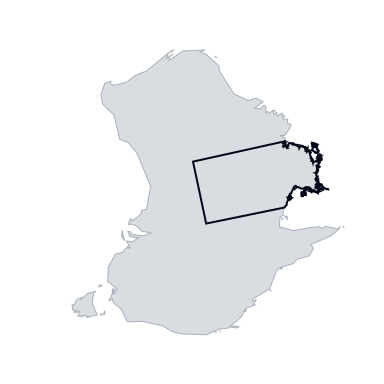 Northern Territory on a map of Australia (Natural Earth projection), rotated 78°
{"feature_id": "AUS-2650", "entity_name": "Northern Territory", "entity_type": "Territory", "adm_level": 1, "iso_a3": "AUS", "parent_name": "Australia", "parent_adm1": "", "projection": "natural_earth1", "projection_center": [133.869, -18.484], "detail": "fine", "context": "in_parent", "style": "outline", "palette": "ink", "viewbox_px": 384, "rotation_deg": 78, "n_neighbors": 0, "source": "natural_earth", "source_scale": "10m", "svg_char_len": 9213}
<svg xmlns="http://www.w3.org/2000/svg" viewBox="0 0 384 384"><g transform="rotate(78 192 192)"><path d="M264.0,66.0L267.9,86.2L273.1,85.2L278.9,91.2L279.7,103.6L283.1,107.8L283.8,119.3L286.2,125.3L302.9,136.4L309.1,154.5L311.0,155.5L311.4,152.2L315.0,155.5L315.7,153.9L316.9,163.2L319.1,165.9L323.7,168.8L332.6,184.4L331.8,194.8L334.7,207.3L328.9,230.7L325.2,239.2L316.6,248.9L308.1,267.9L305.6,282.2L291.5,285.7L284.3,291.8L280.0,292.3L281.1,295.9L274.5,290.7L275.6,289.5L275.2,288.3L273.9,288.2L271.6,290.4L270.0,289.1L272.8,287.0L271.3,285.4L261.9,293.1L247.8,289.3L236.9,279.8L236.6,272.5L231.6,265.8L233.7,266.0L233.7,264.1L226.2,266.1L228.5,261.1L225.7,253.9L222.9,262.1L217.3,262.9L218.3,260.2L220.8,260.1L224.7,248.9L223.7,240.4L219.9,249.3L214.3,252.7L210.6,258.0L211.1,260.7L208.9,260.4L205.3,257.4L207.6,257.3L206.0,252.1L202.6,246.1L199.7,245.4L199.2,240.1L177.8,231.2L141.8,238.0L130.4,244.1L125.5,251.7L100.5,252.2L87.2,261.3L78.0,260.8L67.3,254.6L66.9,248.3L69.4,249.4L71.5,245.6L70.9,232.9L66.2,223.3L64.1,211.3L51.2,186.2L55.9,188.9L52.9,181.3L55.0,185.8L58.5,187.1L52.2,171.4L55.7,149.8L56.7,154.9L60.5,149.3L74.4,139.4L79.4,140.0L104.8,130.6L114.2,118.0L113.5,109.7L118.5,103.8L122.9,113.0L125.0,107.9L122.2,104.3L123.0,102.0L131.4,103.5L128.8,102.6L130.5,99.0L128.9,95.8L133.4,95.4L131.8,93.0L135.5,92.7L134.2,89.3L137.4,85.4L137.6,87.7L140.2,87.4L140.4,83.1L144.2,84.6L146.5,81.1L150.5,83.5L155.9,89.6L155.0,94.5L158.6,89.8L166.3,92.9L167.8,90.2L164.4,86.6L173.3,70.0L175.1,71.1L178.1,67.0L179.2,68.7L188.4,67.4L188.1,63.4L181.9,60.5L182.9,59.5L205.1,68.0L211.6,64.9L210.0,68.2L212.7,70.0L216.0,66.0L218.9,69.3L215.4,76.7L211.6,77.4L211.8,82.7L208.1,91.0L228.1,106.2L233.6,107.7L235.3,111.3L244.3,113.8L250.9,100.7L251.5,81.5L252.6,74.3L254.9,72.6L253.2,69.4L258.8,55.5L264.0,66.0ZM269.3,308.7L279.8,312.8L292.6,310.2L292.8,321.6L292.1,319.6L290.7,322.0L290.0,329.5L285.6,326.4L282.5,333.3L277.0,332.7L278.2,330.8L273.6,327.6L271.9,321.7L274.0,322.8L269.4,314.7L269.3,308.7ZM171.5,59.6L177.9,59.6L179.9,61.6L175.7,65.8L171.5,59.6ZM214.9,268.4L225.7,268.1L221.1,270.0L214.9,268.4ZM217.2,81.6L218.5,85.7L214.5,85.0L215.1,82.1L217.2,81.6ZM332.0,182.6L331.9,177.8L333.6,173.9L334.2,176.7L332.0,182.6ZM290.0,301.9L293.5,302.9L293.5,304.5L290.0,301.9ZM170.9,60.8L173.2,64.8L169.1,64.6L170.9,60.8ZM265.6,302.7L263.6,302.2L264.8,299.5L265.6,302.7ZM238.6,104.5L236.6,105.7L234.7,106.4L235.7,104.1L238.6,104.5ZM51.2,185.1L49.5,182.8L49.3,180.7L49.5,180.6L51.2,185.1ZM292.7,306.0L294.0,307.1L291.4,306.2L292.7,306.0ZM318.3,163.8L319.7,163.8L319.7,165.8L318.3,163.8ZM284.3,119.1L286.0,120.4L285.7,121.1L284.3,119.1ZM285.3,330.5L285.4,332.3L284.1,331.8L285.3,330.5ZM333.9,196.6L333.9,199.2L333.9,196.6ZM187.8,59.4L186.7,58.3L187.4,57.7L187.8,59.4ZM217.5,59.6L215.9,61.7L217.8,58.1L217.5,59.6ZM334.3,193.5L333.5,194.3L334.0,193.4L334.3,193.5ZM219.7,97.3L218.8,97.7L219.3,96.7L219.7,97.3ZM214.1,81.5L213.0,81.7L213.6,80.4L214.1,81.5ZM65.4,139.6L65.1,141.2L64.6,141.1L65.4,139.6ZM257.0,54.5L256.9,56.0L256.5,54.9L257.0,54.5ZM273.9,288.9L274.2,289.8L273.8,289.5L273.9,288.9ZM215.5,62.3L213.4,63.7L215.6,61.9L215.5,62.3ZM134.3,87.3L133.5,88.2L134.0,87.1L134.3,87.3ZM286.2,329.2L285.5,329.5L285.9,328.8L286.2,329.2ZM237.6,109.4L236.5,109.3L237.1,108.5L237.6,109.4ZM130.1,94.7L129.5,95.2L129.5,93.9L130.1,94.7ZM291.5,325.3L290.5,325.8L290.9,324.8L291.5,325.3ZM257.7,50.7L257.6,51.7L257.0,51.2L257.7,50.7ZM273.3,290.1L274.2,290.9L272.7,290.7L273.3,290.1ZM304.9,136.2L304.2,136.3L304.5,135.2L304.9,136.2ZM310.8,152.1L310.4,152.1L310.7,151.2L310.8,152.1ZM269.8,307.3L269.5,308.0L269.3,307.1L269.8,307.3Z" fill="#d9dde1" stroke="#a8b0b8" stroke-width="1"/><path d="M161.7,90.6L163.0,91.5L163.1,92.7L162.8,93.6L163.3,93.1L163.3,93.7L163.6,92.6L163.3,90.3L163.6,90.7L164.0,90.5L165.1,91.1L165.8,92.1L165.9,93.1L166.5,92.9L166.6,93.4L167.0,93.3L166.1,91.2L166.4,90.3L167.3,90.5L168.4,89.9L168.8,90.0L168.8,89.2L167.4,90.1L167.2,90.2L167.4,89.7L166.9,89.9L166.5,89.6L165.9,88.4L166.8,88.3L167.4,87.7L166.5,88.1L165.5,87.9L164.2,86.7L164.4,86.0L165.2,84.5L165.1,83.7L165.9,84.0L166.0,83.2L166.2,83.5L166.9,83.2L166.8,82.1L167.5,81.2L167.3,81.2L167.3,80.5L168.1,78.5L168.2,79.1L168.6,79.3L169.8,78.7L170.7,77.6L171.2,77.7L169.7,76.2L169.8,74.3L170.1,74.0L170.4,74.3L171.1,74.0L171.4,72.1L171.7,72.1L172.0,71.7L172.5,71.9L172.5,71.4L173.0,72.4L173.8,72.3L172.9,71.7L173.3,71.5L173.0,71.3L173.3,70.1L173.0,69.8L174.5,70.1L174.5,71.3L174.7,70.9L175.3,71.8L175.4,71.4L175.8,71.7L175.1,70.7L175.8,70.9L175.2,70.2L174.8,70.2L174.8,69.8L175.3,69.2L176.4,69.5L176.0,68.0L176.2,67.6L176.8,67.6L177.9,68.4L178.1,66.8L178.5,68.2L179.2,68.8L181.7,68.7L182.5,68.2L183.7,69.0L185.0,67.7L185.2,68.3L186.0,68.2L186.3,69.0L186.0,69.6L186.5,68.9L186.4,67.7L187.3,67.2L188.1,67.5L188.7,67.5L187.8,67.0L187.9,65.1L187.5,64.6L188.2,63.5L187.4,63.1L186.8,62.0L185.9,61.6L184.0,62.4L183.5,62.0L183.5,61.5L182.8,61.3L183.0,60.9L181.5,60.6L181.7,60.2L182.1,60.3L181.9,59.7L182.3,59.8L182.4,59.4L182.8,60.1L183.1,59.9L183.1,59.1L183.8,59.9L184.0,59.7L184.0,60.8L184.2,60.5L184.5,61.4L184.6,60.9L184.9,60.9L184.6,60.5L184.4,59.0L185.3,60.2L185.2,59.3L185.7,59.0L186.0,60.4L186.4,59.8L186.7,59.9L188.1,62.3L188.5,62.3L189.2,61.3L189.7,61.5L189.5,60.8L189.8,60.8L191.0,62.3L191.7,63.9L192.3,64.1L193.0,63.8L192.8,64.4L193.4,64.1L193.4,64.4L193.9,64.6L194.3,64.3L194.3,65.3L194.5,64.8L195.2,64.9L196.2,64.0L197.1,64.1L197.2,64.4L196.6,64.8L196.5,65.2L197.3,65.7L198.1,65.1L198.3,65.8L198.7,65.4L199.1,66.0L199.1,67.1L199.7,66.1L200.8,66.9L202.0,66.9L203.2,66.0L203.9,67.5L204.7,67.6L205.4,68.6L206.0,68.4L206.5,68.9L206.1,68.3L207.4,68.4L206.5,68.0L207.2,67.3L207.9,67.1L208.2,67.4L208.8,66.9L209.1,67.2L210.0,66.5L209.1,66.9L209.0,66.6L209.2,66.0L210.2,65.9L211.2,65.1L211.2,64.3L211.7,64.5L211.4,65.1L210.1,66.4L211.5,66.1L209.6,67.8L210.2,69.0L211.2,67.7L211.5,67.9L212.5,66.9L211.6,68.2L211.9,68.6L212.5,68.4L212.0,69.5L212.3,70.2L213.9,70.1L214.8,68.4L213.4,67.8L216.2,65.5L215.5,66.3L216.0,66.3L216.9,68.6L217.5,68.6L217.5,68.3L217.0,68.1L217.6,67.8L218.4,68.3L218.8,69.3L219.2,69.3L217.7,71.0L217.9,70.2L217.5,70.4L217.6,71.2L217.2,71.6L217.1,72.4L216.5,72.4L216.5,73.4L216.1,72.7L215.9,73.2L215.5,72.9L215.6,73.6L216.8,74.8L216.3,74.9L216.1,74.5L215.7,74.6L216.2,75.3L215.5,76.9L215.3,76.6L214.4,77.4L214.9,76.7L214.8,75.4L214.5,75.2L214.3,76.2L213.9,75.9L213.9,76.5L213.2,77.0L213.2,75.9L212.5,76.8L212.5,77.5L212.2,76.6L211.8,77.2L211.7,77.0L211.3,77.9L211.9,78.4L211.0,78.7L211.0,79.9L211.5,80.5L211.3,80.8L211.9,81.1L212.4,80.3L212.6,80.4L212.0,82.4L211.5,82.9L211.4,84.9L210.3,85.5L209.7,86.9L209.3,87.1L208.6,88.7L207.5,89.3L208.2,91.2L213.7,95.1L214.0,96.4L215.8,97.8L216.3,97.7L217.2,99.0L217.2,99.6L217.7,99.3L218.7,99.6L219.2,99.0L221.8,101.2L224.6,102.3L225.4,103.8L226.4,104.7L225.8,184.7L162.5,184.7L161.7,90.6ZM179.9,61.5L179.8,62.0L179.4,62.1L179.4,63.0L178.8,62.8L178.1,64.1L175.7,65.8L172.4,63.4L171.4,59.7L171.7,59.3L172.5,60.5L173.0,60.4L172.9,61.3L173.5,60.8L173.8,61.6L174.0,61.2L175.4,60.6L176.0,60.9L176.2,61.5L176.3,60.6L177.1,60.1L177.6,61.3L177.5,60.0L178.0,59.6L178.2,60.3L179.1,60.1L179.4,61.3L179.9,61.5ZM219.1,84.5L218.9,85.6L218.6,85.8L217.4,85.4L216.7,85.6L215.1,84.9L214.4,85.2L215.2,84.3L215.0,81.7L215.8,81.9L215.9,81.4L216.4,81.7L216.6,81.4L216.2,80.6L216.6,80.9L217.3,80.3L217.0,81.1L217.3,81.3L217.4,81.9L217.9,82.0L218.1,81.1L218.6,81.2L218.7,81.6L218.2,82.5L217.6,82.8L217.6,83.2L217.9,83.5L217.2,83.9L217.2,84.3L217.4,84.8L217.8,84.5L218.4,85.0L218.7,84.5L219.1,84.5ZM172.0,63.9L173.3,64.3L173.3,64.7L172.4,65.0L171.1,64.5L169.4,64.9L168.9,64.5L169.3,64.3L169.3,63.6L170.1,63.7L170.2,62.2L169.8,62.1L170.7,60.8L171.3,60.6L171.7,61.6L171.6,62.3L172.1,63.0L172.0,63.9ZM186.8,59.3L186.9,58.7L186.6,58.2L187.2,58.2L187.5,57.7L187.4,59.3L187.8,59.4L187.6,60.9L186.8,59.3ZM219.8,97.2L220.0,98.2L219.7,98.8L219.1,97.7L218.8,97.8L219.2,96.7L219.8,97.2ZM217.7,58.3L217.3,59.7L216.0,61.7L215.6,61.7L217.1,59.5L217.3,58.4L217.7,58.3ZM214.2,80.8L213.8,82.0L213.5,82.0L213.4,81.3L213.2,81.9L212.9,81.7L212.9,80.9L213.3,81.1L213.5,80.5L214.2,80.8ZM214.4,63.0L215.6,61.9L214.8,63.0L213.4,63.8L214.1,62.8L214.4,63.0ZM216.5,96.2L216.3,97.0L215.6,97.0L215.8,96.2L216.5,96.2ZM187.7,63.4L187.9,63.8L187.4,64.0L186.9,63.4L187.7,63.4ZM213.9,66.6L214.4,66.3L214.1,66.7L213.0,66.9L213.0,66.5L213.9,66.6ZM216.9,97.3L217.2,97.6L216.8,98.3L216.5,97.7L216.9,97.3ZM217.8,97.1L218.0,97.4L217.6,97.4L217.7,97.8L217.3,98.0L217.3,97.2L217.8,97.1ZM213.1,79.5L212.8,77.9L213.6,78.7L213.2,78.8L213.1,79.5ZM165.3,90.0L165.9,90.7L166.0,91.4L165.3,90.0ZM193.0,63.2L193.9,63.0L193.1,63.5L193.0,63.2ZM211.8,63.9L212.0,63.5L212.5,63.4L212.2,63.9L211.8,63.9ZM218.5,96.6L218.1,97.0L218.1,96.4L218.4,95.9L218.5,96.6ZM193.9,61.8L194.1,62.2L193.3,62.6L193.3,62.1L193.9,61.8ZM210.1,90.3L210.4,90.9L209.8,90.9L210.1,90.3ZM203.8,66.7L204.4,67.0L204.2,67.4L203.8,66.7ZM185.7,67.2L186.2,67.1L186.2,67.5L185.7,67.2ZM216.5,64.3L216.3,64.7L215.9,64.6L216.5,64.3ZM166.1,90.2L166.1,90.6L165.9,90.0L166.1,90.2ZM204.6,66.5L204.5,66.9L204.2,66.6L204.6,66.5ZM205.8,65.8L205.3,66.0L205.2,65.9L205.3,65.7L205.8,65.8ZM215.6,65.5L215.6,64.8L215.7,64.7L215.6,65.5ZM218.0,67.0L218.1,67.5L217.9,67.3L218.0,67.0Z" fill="none" stroke="#020617" stroke-width="2"/></g></svg>